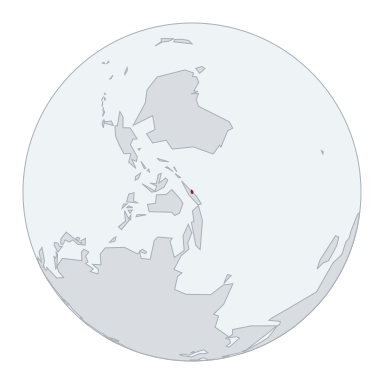 the Earth from above Yogyakarta, rotated 221°
{"feature_id": "IDN-540", "entity_name": "Yogyakarta", "entity_type": "Special region", "adm_level": 1, "iso_a3": "IDN", "parent_name": "Indonesia", "parent_adm1": "", "projection": "orthographic", "projection_center": [110.472, -7.88], "detail": "fine", "context": "on_globe", "style": "filled", "palette": "rose", "viewbox_px": 384, "rotation_deg": 221, "n_neighbors": 0, "source": "natural_earth", "source_scale": "10m", "svg_char_len": 6906}
<svg xmlns="http://www.w3.org/2000/svg" viewBox="0 0 384 384"><g transform="rotate(221 192 192)"><circle cx="192" cy="192" r="169" fill="#eef3f6" stroke="#a8b0b8"/><path d="M344.1,230.5L343.9,231.8L343.7,231.9L344.1,230.5ZM257.8,36.4L256.6,35.9L258.9,36.9L250.2,33.4L257.8,36.4ZM49.0,101.9L48.5,103.2L51.0,101.3L61.5,87.1L57.5,89.8L60.3,86.1L63.1,82.8L69.7,76.1L74.0,74.8L76.0,72.5L77.8,68.6L83.4,64.0L78.9,67.0L77.3,69.0L74.5,71.1L75.8,69.6L77.7,67.9L77.7,67.6L69.1,76.1L78.2,67.1L88.0,58.8L98.4,51.3L109.4,44.6L120.8,38.8L120.6,38.9L121.3,38.5L123.8,37.4L123.3,37.6L129.3,35.1L129.1,35.3L135.2,32.9L135.6,32.8L131.8,34.3L141.0,31.3L143.7,31.1L145.9,30.4L147.5,29.7L149.8,30.3L151.3,29.8L151.2,29.4L154.0,28.3L160.0,26.8L160.5,27.0L158.4,27.6L154.8,29.6L149.1,31.5L149.9,31.5L154.9,29.9L159.4,27.5L162.8,26.5L161.4,27.4L162.2,27.0L164.1,26.7L166.4,26.7L168.2,25.8L188.2,23.6L194.6,24.1L191.1,24.7L205.6,25.2L211.8,26.8L211.5,26.3L218.3,26.9L216.5,26.3L216.9,26.2L233.5,28.9L237.8,30.1L244.7,31.8L244.6,31.6L241.8,30.7L248.2,32.7L250.2,33.4L258.9,36.9L258.7,36.9L265.2,39.9L263.6,39.7L265.3,41.4L259.8,40.3L261.6,42.1L264.0,43.2L268.3,46.9L268.9,51.8L258.0,43.1L255.0,37.2L255.3,38.9L252.2,37.3L250.4,37.3L250.8,39.0L252.8,39.9L237.7,38.3L232.7,43.2L240.6,44.5L245.1,47.5L246.3,56.8L230.1,67.9L236.0,74.2L236.1,77.8L230.5,79.1L230.1,73.8L224.7,71.0L225.4,68.2L216.1,69.2L216.7,65.2L209.2,68.4L211.7,72.0L219.6,72.2L212.9,77.4L220.5,84.8L220.9,92.8L206.7,105.9L192.9,109.4L191.9,112.1L186.7,108.6L179.3,113.7L188.7,130.6L188.3,135.5L176.5,144.2L176.3,140.5L162.4,131.0L159.5,142.7L170.0,153.0L173.6,165.2L165.4,161.1L161.7,150.5L156.8,146.9L158.4,136.6L154.8,121.7L146.5,124.4L147.4,118.6L141.1,107.0L129.3,110.9L110.4,126.9L107.4,142.3L101.0,149.6L94.4,128.1L95.5,114.0L90.5,115.8L85.8,105.1L70.3,106.8L70.4,103.5L67.0,105.7L64.0,103.2L65.0,98.0L62.2,99.1L60.2,112.9L63.5,111.9L69.4,105.4L68.0,110.8L71.1,114.9L59.5,129.8L40.3,146.5L42.2,135.3L47.4,108.3L49.4,104.9L49.6,104.6L49.9,103.9L46.4,109.6L48.6,104.5L41.7,123.2L38.9,132.2L39.9,147.3L38.9,149.4L40.4,152.3L49.8,145.6L49.0,149.5L42.2,169.1L32.5,198.2L36.0,215.5L39.1,230.9L37.9,243.3L43.0,254.9L43.2,260.3L46.5,267.1L49.4,275.2L52.4,283.7L52.2,286.6L48.3,280.6L44.0,273.6L38.6,262.9L34.0,251.8L30.1,240.4L27.1,228.8L24.9,217.0L23.5,205.1L23.0,193.1L23.4,181.1L24.6,169.1L26.6,157.3L29.5,145.6L33.2,134.2L37.7,123.1L43.0,112.3L49.0,101.9ZM68.4,76.8L65.9,79.5L65.2,80.3L68.4,76.8ZM131.8,34.1L131.4,34.3L127.4,35.9L131.8,34.1ZM74.6,81.1L79.7,80.6L84.2,73.1L86.5,72.5L87.2,70.3L84.5,72.6L87.1,66.9L91.8,64.3L94.6,61.4L93.0,61.4L84.1,67.2L80.2,75.0L76.2,78.5L74.6,81.1ZM58.9,89.8L56.2,92.9L56.7,91.9L57.5,91.0L58.9,89.8ZM117.9,306.1L121.5,308.2L119.4,308.6L117.9,306.1ZM50.8,224.8L55.0,253.2L51.6,254.3L47.6,246.5L43.8,229.7L46.6,223.9L47.1,216.0L50.8,224.8ZM216.6,197.2L221.8,198.5L221.6,199.3L216.6,197.2ZM211.2,193.9L217.1,194.7L210.2,195.5L211.2,193.9ZM219.4,195.1L225.4,194.2L228.0,193.2L227.5,194.8L219.4,195.1ZM207.2,193.5L185.6,191.7L177.1,189.1L179.0,186.2L192.8,187.8L207.2,193.5ZM178.4,186.1L165.4,177.3L148.0,153.8L154.2,154.2L172.5,168.7L171.3,171.1L179.2,177.9L178.4,186.1ZM209.9,173.3L208.7,180.7L196.7,179.0L191.3,177.4L187.5,167.6L189.6,163.0L194.1,163.4L211.4,149.0L217.5,153.4L212.1,159.6L217.0,166.5L209.9,173.3ZM107.9,143.7L111.0,152.9L107.7,154.7L107.9,143.7ZM218.6,138.9L211.5,144.9L218.0,136.6L218.6,138.9ZM222.5,131.0L222.9,134.4L220.1,130.8L222.5,131.0ZM191.6,116.5L186.9,116.9L186.9,114.7L192.9,112.8L191.6,116.5ZM221.2,99.9L220.9,106.2L219.9,108.2L217.9,104.2L221.2,99.9ZM164.9,25.4L156.0,27.0L150.1,28.5L147.5,29.4L147.3,29.1L156.4,26.8L164.9,25.4ZM185.2,23.6L187.4,23.3L189.1,23.4L188.8,23.4L185.2,23.6ZM184.7,23.4L182.6,23.3L185.6,23.2L186.6,23.2L184.7,23.4ZM304.3,293.4L305.0,295.9L300.2,300.3L294.0,304.2L289.1,303.9L304.3,293.4ZM263.2,293.7L264.1,286.6L270.3,287.7L266.9,293.2L263.2,293.7ZM308.5,290.5L312.9,285.6L315.6,277.9L313.8,285.4L316.0,287.5L306.1,295.9L308.5,290.5ZM243.3,261.0L210.2,269.4L203.1,267.0L205.3,261.7L199.6,244.9L201.9,245.4L200.9,234.6L220.7,226.9L235.0,211.5L245.5,214.1L253.8,203.2L264.5,206.0L261.0,215.0L271.8,223.8L280.1,203.7L285.7,228.6L292.9,239.4L293.8,255.9L277.4,279.5L268.9,282.8L267.6,279.7L264.0,281.8L258.9,279.3L256.9,269.6L253.3,271.7L257.1,265.6L251.7,270.6L249.4,264.4L243.3,261.0ZM319.6,236.6L321.0,237.9L322.7,243.3L320.6,241.5L319.6,236.6ZM340.6,233.4L340.9,235.9L339.7,235.5L340.6,233.4ZM343.7,231.9L342.2,231.7L344.1,230.5L343.7,231.9ZM327.9,225.6L328.5,227.5L327.9,227.7L327.9,225.6ZM327.4,224.8L328.3,222.8L328.1,225.2L327.4,224.8ZM321.4,209.2L322.3,208.3L322.6,209.4L321.4,209.2ZM229.4,199.5L236.6,194.5L240.5,194.5L229.4,199.5ZM320.2,206.1L318.0,205.1L318.3,204.0L320.2,206.1ZM320.5,203.3L320.3,201.5L321.5,206.1L320.5,203.3ZM316.3,197.9L319.0,202.0L316.0,198.2L316.3,197.9ZM314.7,197.8L312.7,195.7L312.9,195.3L314.7,197.8ZM291.8,193.1L299.2,205.3L293.1,203.3L286.3,195.2L280.7,199.8L268.3,196.1L271.2,193.1L269.6,187.3L256.5,182.7L253.9,178.7L258.6,177.2L249.9,173.0L259.4,173.0L263.2,180.9L268.6,176.3L277.7,179.7L286.5,184.1L293.5,191.4L291.8,193.1ZM259.4,188.8L261.0,189.1L259.5,191.0L259.4,188.8ZM309.0,190.4L311.8,194.9L311.5,195.7L310.1,194.7L309.0,190.4ZM295.1,190.6L302.7,186.7L304.4,187.4L299.4,192.7L295.1,190.6ZM300.9,182.3L304.4,184.2L306.2,188.2L305.4,188.8L300.9,182.3ZM240.0,179.0L239.6,180.9L237.1,179.0L240.0,179.0ZM243.2,178.3L250.7,181.6L242.5,179.8L243.2,178.3ZM220.5,168.5L222.7,173.3L229.6,171.2L224.3,174.8L229.0,183.1L227.4,185.9L222.8,176.9L221.1,185.4L218.0,184.9L216.3,177.3L219.5,168.7L222.5,165.4L235.1,165.5L220.5,168.5ZM243.2,172.6L241.2,166.9L242.7,163.6L244.8,166.7L243.2,172.6ZM235.3,153.4L230.0,146.8L225.3,148.5L234.9,141.6L238.4,149.0L235.3,153.4ZM230.8,140.0L226.4,141.4L231.0,137.3L230.8,140.0ZM225.2,139.3L224.7,135.3L228.2,136.3L225.2,139.3ZM233.2,140.5L234.0,133.8L235.8,138.0L233.2,140.5ZM223.2,126.4L230.8,133.7L220.9,129.8L220.5,117.3L224.7,117.4L223.2,126.4ZM246.5,83.6L245.5,80.5L249.2,80.6L248.9,82.6L246.5,83.6ZM260.6,79.2L249.9,79.6L241.2,80.7L243.9,82.4L242.0,87.1L237.8,81.8L243.9,77.5L250.6,77.7L251.4,74.0L256.3,72.5L255.0,67.8L257.1,66.5L260.3,70.9L260.6,79.2ZM254.2,65.9L253.8,58.7L261.0,61.3L262.7,63.5L259.9,65.5L256.2,64.0L254.2,65.9ZM255.8,57.9L252.3,56.5L244.3,46.0L244.4,44.6L254.3,53.2L251.5,52.4L252.2,54.7L255.8,57.9ZM215.7,25.9L216.6,25.7L218.7,26.2L215.7,25.9ZM220.1,25.8L217.2,25.4L220.1,25.7L220.1,25.8ZM210.6,24.6L215.9,25.2L211.2,24.9L210.6,24.6Z" fill="#d9dde1" stroke="#a8b0b8" stroke-width="1"/><path d="M193.1,192.9L192.7,192.9L192.4,192.8L192.2,192.7L191.8,192.6L191.7,192.6L191.6,192.4L190.7,192.0L190.8,192.0L190.8,191.9L191.0,191.6L191.0,191.4L191.3,191.4L191.4,191.5L191.5,191.4L191.8,191.1L192.0,191.5L192.2,191.8L192.3,191.8L192.5,191.8L192.8,191.9L192.9,192.0L193.0,192.7L193.0,192.8L193.0,192.7L193.1,192.9L193.1,192.9Z" fill="#f43f5e" stroke="#9f1239" stroke-width="1.5"/></g></svg>